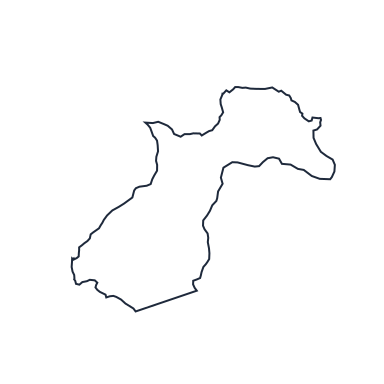 Kalo Chorio Lemesou, Limassol, Cyprus (Equal Earth projection), rotated 325°
{"feature_id": "46923920B64669824717962", "entity_name": "Kalo Chorio Lemesou", "entity_type": "district", "adm_level": 2, "iso_a3": "CYP", "parent_name": "Cyprus", "parent_adm1": "Limassol", "projection": "equal_earth", "projection_center": [33.03, 34.846], "detail": "fine", "context": "isolated", "style": "outline", "palette": "slate", "viewbox_px": 384, "rotation_deg": 325, "n_neighbors": 0, "source": "geoboundaries", "source_scale": "gbopen_adm2", "svg_char_len": 2424}
<svg xmlns="http://www.w3.org/2000/svg" viewBox="0 0 384 384"><g transform="rotate(325 192 192)"><path d="M273.4,128.9L272.4,129.9L268.3,132.5L265.9,136.5L264.9,139.8L263.2,144.6L260.0,146.0L257.5,146.5L256.1,148.8L252.6,150.9L248.5,151.4L244.0,153.0L241.0,151.9L237.5,151.6L232.4,151.3L232.0,148.6L226.7,144.7L223.5,143.4L219.0,140.3L214.4,140.2L210.6,134.2L211.5,129.3L210.1,123.8L207.9,120.2L204.6,115.1L199.5,113.1L193.6,108.4L194.3,111.4L194.6,115.4L193.5,119.5L192.3,123.9L192.9,126.2L192.9,127.7L192.8,129.9L190.7,134.0L187.5,139.2L183.0,142.7L180.4,145.9L179.0,149.8L175.6,154.5L170.5,156.8L166.7,158.8L162.7,161.8L158.5,160.9L152.0,157.5L148.2,156.7L145.5,157.6L140.0,162.3L129.7,162.5L123.6,162.2L116.2,161.4L109.0,162.5L103.7,164.3L100.9,165.8L98.1,166.9L95.0,168.4L91.4,168.4L87.8,168.4L84.7,168.6L81.7,171.4L78.2,172.2L74.4,172.2L71.2,172.5L67.8,172.6L66.2,174.9L64.3,177.1L62.2,179.8L59.7,180.0L56.5,179.5L56.9,178.6L55.9,178.6L55.7,177.7L53.7,180.3L50.4,184.4L48.5,188.7L47.9,192.4L46.1,195.4L45.4,195.9L45.4,197.8L44.3,200.7L46.6,203.3L50.5,202.9L54.8,204.8L57.9,205.3L61.7,208.6L62.4,212.0L60.3,213.1L58.2,214.8L58.3,217.8L59.2,220.9L62.3,226.5L61.3,229.2L64.9,230.3L68.0,232.0L69.8,234.5L72.2,239.4L73.5,245.2L77.2,253.8L77.3,257.5L79.3,258.1L139.3,275.6L139.3,274.6L139.2,272.1L139.9,268.3L142.1,265.4L145.8,266.4L149.3,267.1L151.4,265.4L153.9,263.1L158.4,259.9L161.8,259.1L164.1,258.3L167.6,256.8L171.1,252.2L173.6,247.9L176.2,242.1L179.0,238.9L181.0,234.9L180.9,229.7L181.7,225.9L184.9,221.7L190.8,219.9L195.9,217.7L201.0,214.5L206.8,213.3L209.0,211.6L213.7,206.5L221.8,202.8L223.9,196.8L226.8,194.3L231.7,190.1L242.1,190.7L246.3,193.9L253.2,202.1L258.0,207.2L261.8,209.3L267.2,208.2L273.3,207.7L278.3,210.0L282.4,214.6L281.8,220.5L288.5,226.1L292.0,233.8L296.2,238.0L299.3,247.6L304.2,254.5L310.4,259.2L312.5,260.8L315.1,260.0L320.4,256.9L324.6,251.7L325.8,246.1L322.8,239.6L320.6,233.0L321.2,223.9L322.6,217.4L326.7,211.3L330.3,212.5L335.3,211.4L337.0,208.4L339.0,207.0L339.7,205.1L337.9,204.1L333.4,200.1L331.0,202.1L328.2,201.1L326.3,196.1L325.9,192.7L327.4,191.1L326.4,188.5L327.2,186.1L328.9,181.4L327.9,177.2L326.0,174.0L326.8,171.7L327.0,168.7L324.9,166.3L323.2,160.2L320.6,159.6L317.7,152.4L310.8,149.4L303.7,144.3L299.0,140.7L295.9,137.3L293.0,135.6L290.0,132.5L287.6,130.8L284.6,131.5L279.8,131.8L278.4,128.4L274.0,129.4L273.4,128.9Z" fill="none" stroke="#1e293b" stroke-width="2"/></g></svg>